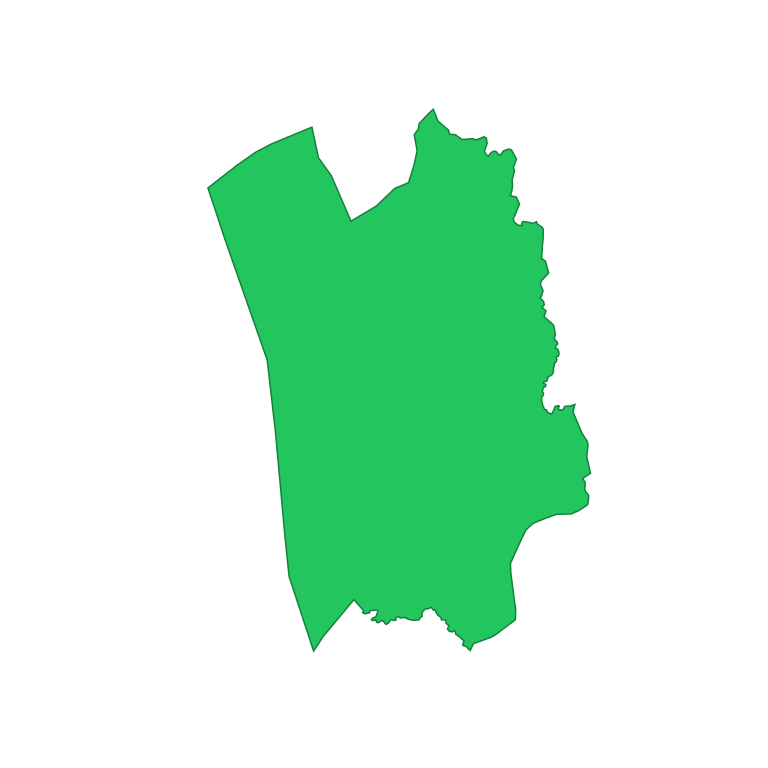 outline of San Martín Zacatepec, Oaxaca, Mexico, rotated 20°
{"feature_id": "50627088B15099528987942", "entity_name": "San Martín Zacatepec", "entity_type": "district", "adm_level": 2, "iso_a3": "MEX", "parent_name": "Mexico", "parent_adm1": "Oaxaca", "projection": "robinson", "projection_center": [-98.056, 17.815], "detail": "fine", "context": "isolated", "style": "filled", "palette": "green", "viewbox_px": 768, "rotation_deg": 20, "n_neighbors": 0, "source": "geoboundaries", "source_scale": "gbopen_adm2", "svg_char_len": 3458}
<svg xmlns="http://www.w3.org/2000/svg" viewBox="0 0 768 768"><g transform="rotate(20 384 384)"><path d="M542.5,351.8L540.3,349.5L537.3,344.6L536.7,342.7L537.4,340.1L537.2,338.2L535.5,337.3L534.9,332.7L536.4,331.5L536.6,329.5L535.5,328.9L533.5,328.9L533.3,327.1L535.2,326.3L536.1,325.3L536.2,323.8L535.7,321.6L536.3,320.5L537.3,319.7L538.7,317.6L539.2,315.4L539.0,314.1L537.6,310.8L537.8,310.3L537.7,308.5L537.0,306.9L537.2,305.8L537.9,305.4L538.2,302.1L536.7,300.4L536.9,299.3L538.3,298.3L538.2,296.0L537.1,293.7L535.1,291.8L533.3,291.8L532.6,290.6L532.3,289.1L533.5,287.5L533.2,286.1L532.4,285.4L528.3,283.1L528.2,278.9L523.6,271.1L520.4,269.4L511.5,266.1L511.1,259.7L506.5,258.3L507.5,254.7L505.6,251.7L501.3,250.0L501.9,248.5L501.6,242.0L496.6,236.6L496.7,232.8L500.8,223.4L493.7,213.3L489.2,212.2L485.1,198.3L484.1,193.9L480.8,184.1L479.1,182.6L473.6,181.3L471.7,179.4L469.2,182.1L466.5,182.3L459.2,183.6L458.4,185.2L459.2,188.0L455.5,188.9L450.7,187.1L448.9,184.5L449.3,180.2L449.8,168.6L444.3,163.1L438.4,163.8L438.0,158.4L437.2,154.3L434.6,148.2L433.7,138.9L431.6,136.5L431.5,127.3L423.8,120.5L421.1,120.4L416.4,124.2L415.7,128.4L413.0,129.3L410.0,127.2L407.8,127.6L405.5,129.8L404.0,134.3L400.7,132.9L398.8,130.9L398.6,122.5L396.0,117.8L393.4,117.5L387.0,123.3L383.9,122.9L373.8,127.6L365.8,125.3L362.5,126.2L360.4,126.9L357.7,123.3L349.5,120.3L344.2,118.1L341.8,114.9L336.3,109.0L334.0,113.4L327.9,127.2L329.1,132.7L327.1,139.4L335.3,153.4L337.3,167.7L338.2,186.4L327.2,196.5L316.0,219.3L297.3,242.3L263.4,206.4L245.0,193.8L228.4,167.3L196.0,197.0L184.1,210.1L171.2,228.5L151.5,260.0L185.6,303.1L266.1,401.5L298.5,466.4L343.2,561.4L360.6,597.3L409.2,659.0L411.4,650.0L412.0,647.3L412.5,644.8L413.2,642.0L429.5,596.9L442.4,604.0L442.8,605.1L442.0,605.9L443.3,606.5L444.9,606.4L447.5,604.6L448.7,604.1L448.6,603.5L448.1,602.5L449.1,601.4L453.1,599.6L453.8,599.0L455.5,599.0L456.0,600.3L456.0,605.1L455.6,606.2L454.0,607.1L452.9,608.7L452.9,609.9L454.1,610.2L456.8,608.8L457.6,609.1L458.2,610.1L459.1,610.5L460.3,610.3L462.3,607.6L463.6,606.8L464.6,607.2L467.8,609.2L469.2,608.3L470.0,607.0L470.6,604.4L471.3,603.1L473.9,602.8L475.9,602.0L475.1,599.0L477.4,597.6L479.2,598.4L482.1,596.8L482.9,596.2L484.3,596.7L485.7,595.9L486.6,596.8L491.1,596.3L494.7,595.1L497.8,593.5L497.8,591.7L499.3,589.2L498.1,586.6L498.4,583.9L500.2,580.8L502.1,580.2L505.0,577.6L507.1,579.3L507.9,579.6L509.2,578.7L511.2,581.0L513.8,582.9L517.1,583.8L518.7,586.0L522.2,584.8L523.0,585.1L524.2,587.7L527.7,588.9L527.4,592.5L529.9,594.0L533.1,593.6L533.7,592.3L535.2,591.7L537.1,594.7L537.9,595.0L538.9,594.8L539.5,595.5L540.7,595.5L542.4,596.3L547.1,598.1L547.0,601.9L547.6,602.7L551.7,602.6L552.8,603.2L553.4,604.0L554.2,604.4L555.5,604.2L556.2,604.9L556.8,597.5L571.3,585.3L575.1,580.7L587.6,561.3L587.9,560.9L588.1,560.5L584.9,551.1L584.7,550.5L584.3,549.4L582.6,546.8L582.4,546.4L567.3,517.1L564.2,509.2L566.1,483.5L567.4,472.3L571.9,463.8L580.9,455.6L590.6,447.5L604.3,442.1L610.4,436.3L616.5,428.0L616.3,425.0L614.5,418.8L609.2,415.3L606.6,407.5L603.0,404.8L608.6,397.2L599.4,383.0L596.5,371.4L594.5,368.3L586.7,362.3L571.1,345.6L570.4,338.1L569.9,338.7L569.0,338.7L568.5,339.5L567.5,340.4L566.2,341.1L561.4,343.2L561.3,345.6L560.6,347.6L557.0,348.2L555.8,346.9L556.3,345.8L556.1,344.8L555.0,344.8L552.5,346.5L552.2,353.1L551.8,355.0L550.3,354.9L548.4,354.8L546.9,354.4L545.7,352.8L543.6,353.1L542.5,351.8Z" fill="#22c55e" stroke="#15803d" stroke-width="1.5"/></g></svg>